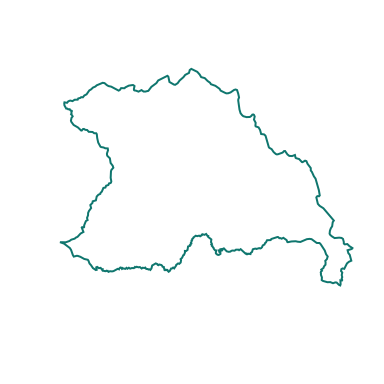 Chai Prakan, Chiang Mai, Thailand (Robinson projection), rotated 165°
{"feature_id": "78962969B89522640668309", "entity_name": "Chai Prakan", "entity_type": "district", "adm_level": 2, "iso_a3": "THA", "parent_name": "Thailand", "parent_adm1": "Chiang Mai", "projection": "robinson", "projection_center": [99.191, 19.697], "detail": "fine", "context": "isolated", "style": "outline", "palette": "teal", "viewbox_px": 384, "rotation_deg": 165, "n_neighbors": 0, "source": "geoboundaries", "source_scale": "gbopen_adm2", "svg_char_len": 6021}
<svg xmlns="http://www.w3.org/2000/svg" viewBox="0 0 384 384"><g transform="rotate(165 192 192)"><path d="M332.5,177.7L329.0,175.3L324.5,169.5L323.8,167.3L323.4,161.9L322.9,160.2L319.8,160.2L318.8,159.8L316.6,158.3L313.4,155.2L310.2,153.5L309.8,152.5L309.5,149.4L308.5,147.5L307.4,144.2L305.1,141.5L304.2,141.5L304.0,144.0L303.0,144.2L301.6,142.5L299.9,142.4L299.2,140.7L298.5,140.6L298.9,139.9L298.7,139.2L298.1,139.3L297.6,138.6L296.1,137.9L294.9,138.1L294.4,137.5L293.8,137.6L293.3,136.5L291.7,136.7L289.8,136.0L288.3,135.9L283.7,137.0L282.6,136.3L282.5,136.7L280.7,137.6L280.2,137.4L279.6,135.9L278.8,136.4L278.6,135.9L278.0,135.9L276.3,135.0L274.9,135.7L274.2,134.6L272.6,135.2L271.6,134.0L269.8,134.1L267.8,133.5L266.5,134.4L265.9,133.8L264.8,134.1L263.2,133.1L261.8,133.0L260.4,131.1L259.2,131.6L257.7,130.9L256.7,131.1L256.1,129.5L254.7,129.1L254.2,128.4L253.0,128.3L252.4,127.5L251.0,128.6L249.5,131.3L245.5,132.4L244.1,131.3L244.0,130.5L243.4,130.0L242.3,130.4L240.5,129.4L239.9,128.5L239.8,127.5L238.6,126.7L238.9,126.1L238.6,125.1L238.8,123.9L238.4,123.5L237.7,123.7L237.2,123.2L236.4,123.4L235.9,123.1L235.6,121.7L235.2,121.0L233.9,121.5L232.0,123.5L231.1,123.3L229.8,123.9L229.0,122.8L226.3,125.1L226.1,125.7L223.9,126.6L222.9,125.9L221.2,126.8L220.2,129.0L220.4,130.1L218.6,131.0L216.8,133.2L216.0,133.3L214.5,135.3L214.1,136.9L213.0,136.5L211.3,137.2L209.9,140.4L208.0,140.5L207.8,141.3L207.0,141.3L206.7,142.2L206.0,142.4L206.2,143.3L205.2,144.2L205.0,145.3L204.3,145.5L203.9,146.6L202.7,147.1L202.4,147.7L199.7,148.8L198.4,148.0L196.4,148.0L195.6,147.1L193.7,147.7L193.6,148.3L192.9,148.5L191.0,147.4L189.2,147.8L188.5,145.8L187.9,145.4L188.2,145.1L188.0,144.4L185.6,141.2L186.6,138.7L186.2,136.6L186.9,136.3L186.6,135.7L186.8,134.8L186.2,134.3L186.2,133.5L185.6,132.4L185.7,131.7L184.9,129.8L183.6,129.2L184.6,127.5L184.8,126.5L184.0,125.2L183.0,124.4L181.7,124.4L180.5,124.9L180.2,126.5L181.1,127.0L181.1,128.7L180.3,128.7L179.2,127.8L178.5,127.8L178.3,128.2L178.8,129.3L177.8,129.2L177.4,128.4L176.8,129.1L175.8,129.3L173.8,125.7L172.0,124.7L170.3,124.5L169.2,125.0L168.1,125.0L166.0,124.3L164.5,124.9L162.1,124.3L161.6,123.6L159.8,124.2L156.3,118.7L155.8,118.8L155.4,117.8L155.0,117.6L154.1,117.9L154.0,117.6L153.1,117.6L151.6,116.9L151.0,118.0L149.5,118.6L148.1,120.9L146.5,121.0L145.0,120.8L144.5,120.3L141.6,120.4L140.8,119.8L139.7,119.9L138.6,120.6L137.5,122.1L135.6,122.5L134.6,123.8L133.7,124.1L132.0,126.0L128.5,125.2L127.5,126.1L121.1,126.4L120.4,126.1L119.6,124.8L118.4,124.5L117.5,123.7L115.6,124.1L113.1,121.1L112.8,118.9L112.4,118.7L108.8,118.5L104.6,117.6L102.7,116.6L100.2,115.7L93.3,116.7L90.6,116.3L88.7,115.5L84.7,110.5L82.0,109.7L81.2,108.2L78.9,101.1L78.6,97.1L77.6,94.6L79.1,92.2L81.1,91.0L81.2,89.4L81.9,87.2L83.6,86.1L84.8,84.5L87.2,83.6L86.8,82.3L87.9,81.8L88.5,80.9L88.5,79.9L88.9,78.7L88.6,75.9L89.5,73.3L88.5,72.2L84.5,69.8L81.8,69.2L79.4,67.4L77.0,67.6L75.7,67.1L74.1,64.3L73.0,63.4L72.3,64.5L71.5,68.3L70.1,67.7L69.7,68.1L69.8,69.7L68.9,70.9L68.9,73.0L67.7,75.3L68.5,77.1L67.7,78.8L66.4,79.2L64.8,78.4L60.8,82.9L58.5,84.0L55.9,84.4L55.9,90.6L56.8,92.4L56.8,95.5L53.0,95.6L51.8,95.9L51.5,96.3L53.9,98.9L55.4,101.5L58.0,101.9L58.7,102.9L58.3,104.5L58.3,107.6L59.4,108.9L61.6,109.8L66.2,110.6L68.3,112.9L69.6,114.8L69.9,116.1L68.8,118.9L67.3,121.0L65.5,122.6L63.9,126.4L62.4,127.7L69.3,142.3L72.3,145.6L73.5,148.0L73.3,154.6L72.4,155.4L71.5,155.5L70.4,155.0L69.5,155.6L69.0,160.8L69.2,172.9L70.2,175.6L71.0,180.4L71.7,182.0L71.1,184.4L73.1,189.3L73.5,192.2L74.7,193.0L77.5,192.2L78.1,192.5L80.0,196.1L82.8,197.8L83.1,198.3L83.0,201.1L86.0,200.8L88.7,201.7L90.1,203.6L91.5,207.5L92.5,207.7L94.3,206.6L99.3,206.2L100.4,206.4L101.2,207.0L102.8,209.4L104.0,212.8L105.9,214.7L106.2,215.5L106.4,227.1L106.7,227.8L107.5,229.0L110.2,230.1L110.2,234.4L111.0,237.2L113.5,238.9L113.6,239.6L112.6,242.4L113.4,245.9L111.9,248.7L112.2,250.5L112.7,251.0L113.7,251.1L115.0,250.1L116.7,249.5L119.9,250.2L122.8,251.9L123.7,253.2L124.7,255.5L124.8,259.3L123.7,268.3L123.3,269.5L122.1,271.1L121.9,275.2L122.1,278.8L123.3,279.7L124.9,279.7L129.0,278.2L131.5,278.0L133.3,278.4L134.7,279.5L138.1,282.5L138.7,284.6L141.9,288.5L145.8,291.2L146.3,292.9L148.2,295.2L150.2,298.7L153.4,300.6L154.2,303.5L155.8,306.7L160.8,311.1L162.6,310.4L164.1,307.8L168.2,306.9L170.6,305.1L175.1,302.9L177.7,300.8L180.5,299.9L181.6,300.4L185.3,304.1L185.0,309.6L185.7,310.6L195.8,308.5L198.2,306.4L204.0,304.1L208.0,301.0L211.2,301.1L212.8,301.6L214.4,303.5L217.7,302.8L219.9,304.4L221.3,305.0L221.6,305.4L221.5,306.5L220.1,309.2L221.0,310.4L221.8,310.7L225.5,311.1L229.4,310.3L230.3,309.7L233.6,310.7L235.2,309.3L236.6,308.9L242.8,314.7L245.2,315.9L246.6,317.3L248.3,319.8L250.0,320.6L256.5,319.7L258.0,318.9L260.6,318.5L263.0,317.2L264.9,316.7L268.6,313.6L271.0,313.1L272.9,311.7L274.5,312.3L275.4,311.8L277.7,311.8L278.5,310.8L281.5,311.5L283.9,310.7L285.9,311.8L286.7,311.8L288.0,311.6L289.6,310.5L292.0,311.6L292.5,310.6L292.8,308.6L291.9,305.1L290.8,304.8L290.2,303.9L288.7,303.6L288.4,302.5L287.1,301.5L287.1,301.2L287.8,300.7L287.9,299.3L288.7,298.4L287.9,297.0L287.7,295.9L289.2,294.8L290.5,292.2L290.4,291.0L289.0,287.4L285.5,283.9L283.2,280.1L282.6,279.9L281.0,281.0L280.1,280.9L279.0,279.7L277.2,279.0L276.2,276.9L272.5,275.7L271.3,274.1L269.3,273.5L269.0,272.5L269.6,268.6L269.8,264.0L268.7,259.5L268.1,258.9L265.9,257.9L264.5,256.7L262.1,255.9L262.3,254.1L264.2,251.2L264.5,249.8L264.4,248.8L262.6,245.8L263.1,241.1L261.8,237.9L261.7,235.8L264.1,234.2L264.9,233.0L266.9,226.7L267.2,223.1L267.8,222.1L268.4,221.7L269.9,221.8L271.0,220.4L273.3,220.3L274.5,218.7L276.5,218.9L279.0,215.7L280.5,214.9L281.1,213.9L283.1,213.6L285.2,212.3L287.0,208.8L290.3,208.7L291.0,207.2L293.6,205.7L293.6,202.6L296.5,200.3L297.8,198.6L298.4,196.5L300.1,194.1L300.1,191.9L301.8,191.5L302.4,190.9L304.8,187.7L305.3,186.0L305.8,185.8L307.2,186.5L307.7,186.2L307.2,181.5L310.4,180.7L314.2,178.3L316.0,178.0L317.4,177.3L320.9,177.2L323.0,176.4L326.9,176.1L332.5,177.7Z" fill="none" stroke="#0f766e" stroke-width="2"/></g></svg>